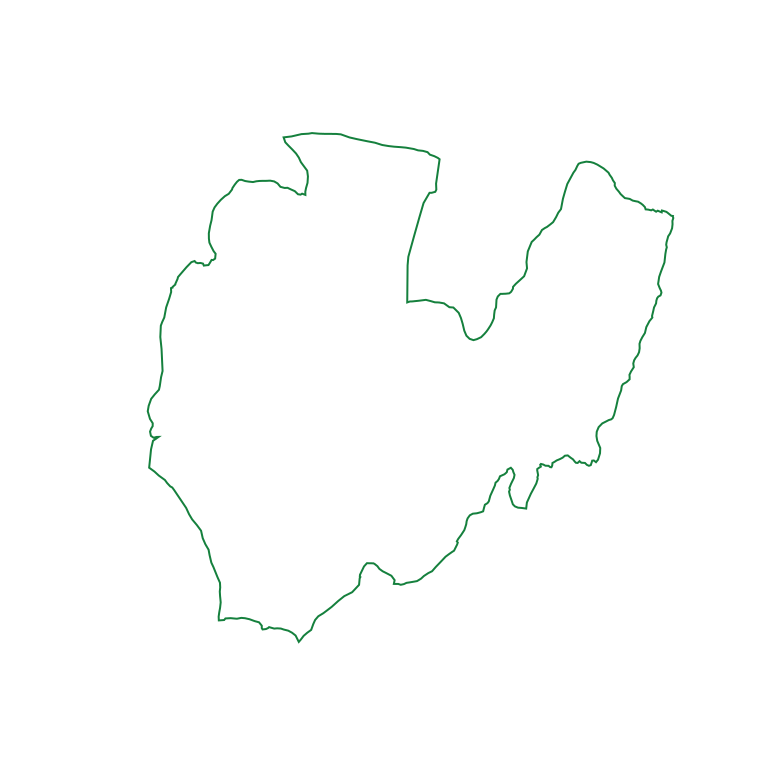 Kasulu Township Authority, Kigoma, United Republic of Tanzania (Robinson projection), rotated 199°
{"feature_id": "72390352B60593007856017", "entity_name": "Kasulu Township Authority", "entity_type": "district", "adm_level": 2, "iso_a3": "TZA", "parent_name": "United Republic of Tanzania", "parent_adm1": "Kigoma", "projection": "robinson", "projection_center": [30.062, -4.582], "detail": "fine", "context": "isolated", "style": "outline", "palette": "green", "viewbox_px": 768, "rotation_deg": 199, "n_neighbors": 0, "source": "geoboundaries", "source_scale": "gbopen_adm2", "svg_char_len": 6094}
<svg xmlns="http://www.w3.org/2000/svg" viewBox="0 0 768 768"><g transform="rotate(199 384 384)"><path d="M165.6,636.9L167.1,636.6L171.2,638.1L173.0,638.7L176.9,638.6L177.7,638.5L177.3,636.7L179.4,636.8L181.6,637.0L182.8,635.5L184.8,636.0L186.6,636.5L187.9,635.2L191.0,634.9L193.5,634.3L194.9,636.2L197.6,637.6L199.9,638.4L203.1,639.1L205.8,638.7L208.6,638.4L211.9,639.0L214.5,638.6L216.8,638.2L222.1,640.6L224.5,642.3L227.9,644.3L230.4,646.6L231.2,649.2L233.8,651.1L235.7,653.1L238.8,655.3L240.5,656.9L246.5,659.3L253.7,660.9L257.7,661.3L260.8,661.1L265.1,660.1L269.9,657.2L271.7,655.6L272.2,653.2L272.7,648.7L273.7,645.5L275.8,632.8L275.5,624.3L275.1,617.3L273.6,607.0L275.0,602.7L275.6,597.9L276.8,592.1L278.8,588.9L281.0,585.6L282.7,583.8L284.8,581.0L285.7,575.8L287.6,572.4L289.0,569.4L290.6,566.4L291.2,556.2L289.0,545.7L286.4,539.9L286.6,531.5L289.3,526.5L291.9,521.8L293.6,517.9L293.1,516.0L293.8,512.6L295.1,510.5L298.3,509.0L301.1,507.9L303.3,507.1L304.9,503.8L305.1,500.4L303.0,492.9L303.3,489.6L302.5,485.7L301.5,481.9L301.8,477.7L302.3,474.1L303.5,469.3L304.2,467.0L305.4,464.0L307.4,459.9L310.8,456.6L313.7,454.6L317.8,454.6L321.8,456.5L325.4,460.5L329.2,466.5L332.7,471.4L336.5,475.6L343.3,478.9L347.2,477.9L353.5,479.8L358.5,479.0L362.5,477.8L366.7,477.6L371.8,477.2L378.5,473.9L382.2,472.2L384.1,471.3L386.3,470.5L388.6,468.7L400.3,503.8L402.4,512.2L403.8,535.0L404.5,547.8L404.8,553.1L405.5,568.0L403.2,579.6L401.2,580.3L398.1,582.4L397.8,584.8L400.0,590.4L404.6,614.6L406.7,615.3L410.6,615.8L415.3,615.8L418.3,617.4L423.1,617.1L427.9,616.0L432.3,615.9L440.3,614.6L445.2,613.4L451.6,611.7L457.0,610.5L463.5,609.4L471.1,609.2L478.7,608.1L489.4,606.7L496.9,605.9L506.1,606.0L510.9,604.8L520.9,601.4L527.0,599.5L533.8,597.8L536.9,596.1L543.4,593.4L552.0,588.0L559.2,584.5L556.0,580.4L552.2,578.4L546.9,575.8L542.2,573.3L538.2,570.3L534.8,566.7L526.1,560.7L523.5,555.5L521.8,549.3L521.5,543.8L521.0,540.2L519.9,537.2L523.4,537.3L524.5,535.9L527.1,535.4L531.1,537.3L535.6,537.7L539.1,538.1L541.8,537.0L546.1,536.7L549.9,539.0L553.8,539.8L557.8,539.2L561.6,537.7L567.5,535.6L570.7,534.1L573.6,532.3L577.9,531.3L581.4,530.7L585.1,530.7L587.4,529.8L588.8,527.4L590.0,524.0L591.1,519.9L591.0,518.4L592.7,513.3L595.6,509.8L598.2,505.1L600.3,500.2L601.7,495.8L602.1,491.2L601.0,485.8L600.4,482.7L599.9,477.0L598.7,469.5L596.9,464.5L595.1,460.8L591.9,457.5L588.3,454.1L585.6,452.3L584.5,447.6L586.0,445.5L587.4,445.2L588.1,441.7L588.7,439.3L590.9,438.3L592.9,437.3L594.3,438.9L596.9,438.7L599.4,437.6L601.5,437.6L603.1,438.6L605.8,436.5L608.8,430.1L612.0,422.1L613.6,418.0L613.4,416.2L613.9,410.6L613.7,410.1L615.5,407.0L615.3,406.3L616.6,405.3L615.2,401.7L614.9,394.7L614.9,385.5L613.4,375.3L613.9,370.3L614.0,366.5L610.8,355.6L605.7,344.6L597.6,324.2L597.0,317.9L595.3,308.9L594.9,305.3L597.4,299.5L599.3,294.2L599.4,286.8L598.5,281.3L593.9,274.8L589.9,271.6L589.0,268.8L589.6,266.1L589.7,262.8L587.5,259.1L584.3,258.2L581.8,259.9L579.9,260.6L583.9,255.1L583.0,246.4L578.8,228.4L572.6,226.5L567.1,224.1L559.9,221.9L556.9,219.8L552.8,217.6L550.5,217.2L547.9,215.4L530.7,202.4L525.9,197.4L521.3,193.5L515.0,189.7L509.2,185.7L505.2,179.2L500.7,174.3L495.9,170.2L493.2,165.4L489.1,158.9L485.7,155.4L478.5,147.1L474.4,142.7L472.6,138.2L471.7,134.3L469.9,130.0L468.7,127.4L467.3,124.3L466.1,118.9L465.4,114.3L464.6,110.2L463.2,106.7L462.7,106.9L458.3,108.8L457.6,110.7L452.7,112.7L448.9,113.6L446.6,114.2L442.8,116.4L439.2,117.3L434.6,117.8L429.0,117.7L424.6,118.0L420.9,115.7L420.1,113.4L418.9,112.4L415.8,113.9L414.1,115.6L413.5,116.7L408.2,117.0L405.5,118.2L401.9,119.2L398.9,119.2L394.2,119.6L390.0,118.9L385.7,117.4L380.6,112.4L379.5,115.1L378.0,119.7L375.6,123.8L372.8,127.8L372.7,134.1L372.3,138.5L370.5,143.0L366.7,147.6L361.0,156.1L356.6,164.0L352.5,170.5L346.3,176.8L342.2,186.0L343.7,192.2L343.5,193.7L344.1,193.8L344.6,195.8L343.5,205.0L341.8,209.0L335.6,211.0L334.3,210.8L330.9,209.6L328.2,207.7L324.3,206.5L320.6,206.0L314.6,205.1L310.1,202.0L309.6,198.2L309.3,198.3L305.5,199.6L302.8,199.6L300.0,201.3L298.0,203.3L295.1,204.8L292.0,206.5L288.6,208.4L285.6,212.0L283.8,215.4L280.5,219.7L277.6,222.6L275.5,227.8L272.3,234.7L269.6,240.7L267.3,244.1L265.0,247.3L263.5,249.2L262.6,256.0L262.6,258.1L263.9,258.9L263.4,261.7L261.9,266.4L260.5,272.0L260.5,275.0L260.6,278.2L261.2,281.2L261.2,284.2L260.1,287.8L257.8,290.3L254.1,292.0L250.7,294.3L248.8,295.9L249.1,299.2L249.3,302.7L247.4,305.0L246.7,307.1L247.1,312.9L246.4,320.5L246.1,324.1L246.4,327.0L245.0,329.4L244.4,331.7L244.3,334.5L240.7,337.9L239.2,340.5L239.4,343.3L236.8,346.1L234.4,344.8L232.9,342.7L231.0,340.6L230.6,337.3L231.4,330.9L231.6,326.5L230.6,325.0L230.7,322.9L228.7,319.6L225.5,315.5L223.0,312.2L220.4,310.9L217.0,310.7L213.6,311.6L209.0,312.5L210.3,318.4L209.4,328.1L208.6,333.0L207.6,339.5L207.8,344.4L208.6,345.8L208.6,348.0L211.1,352.4L211.4,353.5L210.2,355.2L208.8,356.9L210.0,358.5L209.6,359.5L207.1,359.7L204.8,359.3L201.8,360.2L199.8,359.5L198.6,359.8L198.4,361.6L199.0,364.2L197.5,365.8L195.9,367.9L193.3,370.2L191.1,372.5L189.6,375.1L187.0,376.3L183.6,375.1L180.8,374.3L178.3,372.7L176.9,372.0L175.2,372.4L174.0,374.7L171.8,373.8L168.3,374.8L165.8,373.6L163.6,373.4L162.1,374.6L162.1,377.8L162.2,379.3L160.7,380.0L158.1,379.1L157.0,382.1L157.2,388.8L158.7,393.9L163.9,399.7L166.2,404.0L167.1,407.4L167.2,407.6L167.3,408.4L167.0,413.1L164.8,417.8L161.7,421.0L159.7,423.1L157.7,424.5L156.7,426.1L156.4,429.6L157.0,437.8L158.0,446.4L157.7,455.1L158.5,459.4L158.0,461.7L155.3,464.7L153.3,468.4L154.1,470.8L154.9,472.6L154.5,476.3L153.3,481.2L155.0,484.6L155.2,487.9L154.6,490.8L153.6,493.5L153.2,497.1L153.9,501.0L155.5,505.2L155.6,508.3L155.0,512.4L153.9,517.2L154.5,523.2L153.5,529.8L151.9,534.2L152.7,535.5L153.2,540.9L153.6,544.3L153.0,548.8L153.6,551.4L153.7,554.0L153.1,555.9L151.4,557.8L151.4,560.7L152.5,562.4L154.6,564.5L157.4,567.8L158.7,574.9L158.7,580.4L158.4,590.2L160.3,598.6L161.0,602.8L161.1,605.3L162.5,607.5L163.0,610.1L163.2,613.7L163.4,616.1L162.5,619.5L162.3,625.0L163.2,629.0L164.4,632.1L164.5,635.1L165.6,636.7L165.6,636.9Z" fill="none" stroke="#15803d" stroke-width="2"/></g></svg>